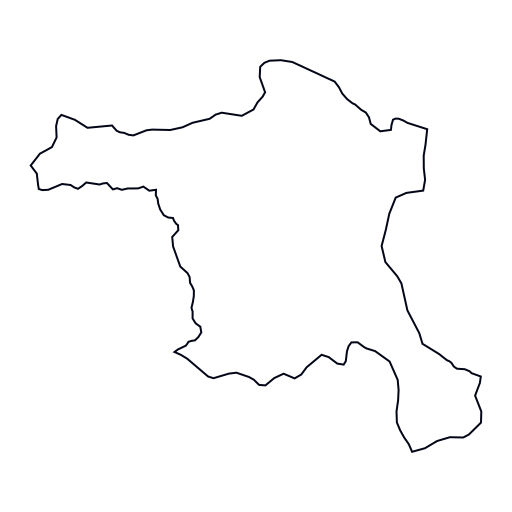 an SVG outline of Ankara
{"feature_id": "TUR-3008", "entity_name": "Ankara", "entity_type": "Province", "adm_level": 1, "iso_a3": "TUR", "parent_name": "Turkey", "parent_adm1": "", "projection": "albers", "projection_center": [32.475, 39.676], "detail": "fine", "context": "isolated", "style": "outline", "palette": "ink", "viewbox_px": 512, "rotation_deg": 0, "n_neighbors": 0, "source": "natural_earth", "source_scale": "10m", "svg_char_len": 2302}
<svg xmlns="http://www.w3.org/2000/svg" viewBox="0 0 512 512"><path d="M241.8,115.8L253.5,109.5L257.5,102.4L262.6,96.7L265.1,92.3L259.7,77.1L260.2,66.8L264.4,62.8L269.5,60.7L280.9,60.2L292.3,62.0L334.7,81.6L338.9,87.2L342.3,93.6L347.1,99.1L352.5,103.3L355.0,104.4L361.3,109.9L365.8,112.5L369.0,117.4L370.7,123.9L380.3,131.3L390.9,129.9L391.5,125.0L393.0,119.7L395.6,118.6L398.6,118.7L403.1,120.4L407.5,122.9L427.2,129.2L425.5,144.7L423.7,155.6L423.8,168.4L425.1,179.8L423.2,190.6L406.4,192.9L395.7,197.6L389.3,213.7L385.8,229.9L381.6,246.0L385.4,262.1L397.2,276.2L401.4,283.4L407.4,310.4L419.3,333.2L422.5,343.8L439.2,354.1L446.9,360.2L449.3,361.2L451.4,362.8L453.8,366.5L456.9,368.7L464.7,369.2L469.5,371.2L471.6,373.2L480.8,376.5L479.9,382.9L475.1,395.6L481.3,411.5L481.0,422.6L468.8,434.6L463.2,437.5L449.9,437.2L437.1,441.0L425.0,448.2L412.1,451.8L408.8,444.2L404.1,437.4L400.1,430.2L396.9,422.5L396.5,411.4L398.1,400.4L398.6,390.1L397.7,379.9L389.6,361.5L375.1,351.1L366.7,348.5L364.1,347.1L357.6,342.3L351.4,342.4L348.6,346.2L347.0,351.2L345.8,361.1L343.7,364.6L337.3,363.6L328.7,357.1L321.6,354.8L306.6,367.3L301.3,374.5L294.6,378.4L283.6,373.7L274.2,378.1L265.4,385.4L259.1,384.9L253.8,379.7L249.0,377.0L236.4,372.7L229.0,373.6L213.5,378.2L208.1,376.5L187.2,358.7L180.8,354.8L174.5,352.0L178.0,349.4L185.8,345.7L187.3,343.7L188.5,341.8L191.7,340.8L194.9,340.4L198.4,337.0L201.3,332.4L200.3,326.7L195.7,323.4L192.6,318.5L192.6,311.2L192.1,310.1L191.5,307.7L192.9,301.9L193.8,296.2L193.9,290.4L192.2,286.4L190.1,282.9L189.6,277.0L187.5,273.1L180.3,266.6L173.1,246.5L172.2,237.0L178.3,230.2L178.0,225.2L176.2,223.8L174.0,220.7L173.0,218.0L168.1,217.5L163.8,215.2L160.2,209.5L158.2,203.5L157.6,198.8L155.8,195.4L156.0,189.8L149.3,190.7L143.4,186.6L138.1,188.4L127.6,188.5L121.9,189.8L117.1,188.2L112.9,189.4L106.9,183.0L103.2,183.4L99.6,184.5L86.2,182.5L82.2,186.0L78.0,188.8L74.2,187.4L70.6,185.0L62.1,184.0L48.2,189.8L42.2,190.1L38.8,189.0L38.1,185.0L36.8,173.6L30.7,165.5L39.9,153.7L51.9,147.1L56.6,137.5L56.1,126.1L57.7,119.0L61.4,114.9L74.9,119.8L87.5,127.8L112.0,125.5L116.7,130.8L120.0,132.3L124.2,132.9L128.7,134.8L133.4,135.4L146.5,130.3L152.1,129.6L170.2,130.0L182.5,127.3L192.5,122.8L209.6,118.8L215.7,114.6L221.7,112.7L241.8,115.8Z" fill="none" stroke="#020617" stroke-width="2"/></svg>